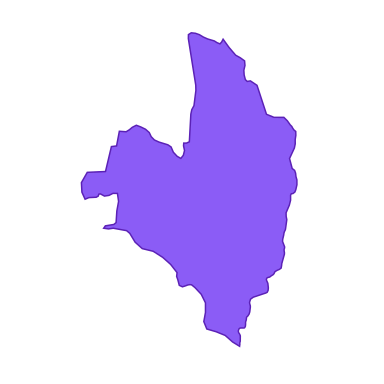 Iringa, Albers equal-area conic projection, rotated 84°
{"feature_id": "TZA-3386", "entity_name": "Iringa", "entity_type": "Region", "adm_level": 1, "iso_a3": "TZA", "parent_name": "United Republic of Tanzania", "parent_adm1": "", "projection": "albers", "projection_center": [35.62, -7.961], "detail": "fine", "context": "isolated", "style": "filled", "palette": "violet", "viewbox_px": 384, "rotation_deg": 84, "n_neighbors": 0, "source": "natural_earth", "source_scale": "10m", "svg_char_len": 2496}
<svg xmlns="http://www.w3.org/2000/svg" viewBox="0 0 384 384"><g transform="rotate(84 192 192)"><path d="M300.7,131.6L303.0,142.0L304.7,145.0L307.7,146.3L309.1,146.3L311.3,145.9L312.6,146.0L317.3,147.1L319.4,148.0L321.2,149.5L322.1,150.7L322.5,150.9L324.9,151.4L326.9,152.3L329.5,152.6L331.0,152.9L331.7,153.3L332.3,153.7L332.6,154.1L332.7,154.5L332.3,157.7L332.5,158.8L333.2,159.7L335.1,160.5L336.7,160.3L338.1,159.6L339.5,159.1L340.3,159.0L345.4,159.6L346.9,160.2L347.2,160.3L348.3,160.3L350.4,160.8L345.4,167.3L338.1,174.0L333.5,182.6L329.8,191.6L322.1,193.8L313.2,191.2L303.6,190.2L294.7,193.5L287.3,199.1L284.2,202.2L284.0,203.3L283.9,204.6L284.1,206.3L284.6,208.0L285.3,211.4L283.5,214.4L277.6,215.3L274.4,216.1L270.6,215.3L261.8,220.8L253.9,228.0L246.9,236.8L243.1,247.4L236.0,253.8L226.6,258.2L223.6,261.1L219.8,274.1L220.0,278.9L218.8,283.6L216.6,281.7L216.1,273.1L214.5,270.7L202.9,268.7L193.7,266.0L185.6,266.3L185.1,270.8L186.7,274.9L186.9,279.5L184.3,283.3L184.4,284.9L186.3,285.7L187.2,287.8L186.8,295.1L188.0,299.1L180.7,301.5L171.1,301.0L161.5,294.1L162.6,275.9L138.4,267.4L138.3,262.2L124.0,257.9L125.2,251.2L123.5,247.7L121.4,244.6L119.8,240.4L121.9,236.2L124.7,231.7L128.4,228.3L132.7,226.8L136.3,224.0L138.9,219.6L142.5,211.1L145.0,208.1L150.5,206.4L155.0,203.0L157.4,199.6L154.6,196.8L150.0,195.1L145.2,195.6L142.5,195.1L142.8,192.5L141.8,189.4L114.4,185.0L110.1,183.6L106.3,181.0L91.3,177.5L86.1,177.1L39.0,179.6L35.1,179.1L33.6,176.1L34.5,172.0L36.3,168.2L39.1,164.5L41.4,160.5L44.1,154.0L46.1,151.5L47.6,148.7L45.9,146.8L43.3,145.1L52.2,140.0L60.5,134.3L63.6,129.9L67.1,126.0L71.7,126.1L76.3,127.7L81.0,127.9L85.8,127.2L87.8,125.5L87.6,122.3L92.7,116.2L122.5,109.8L126.3,102.7L127.4,92.8L131.2,89.7L135.5,87.3L137.2,85.9L139.2,85.1L141.1,84.0L142.6,82.5L146.5,82.8L150.7,83.9L154.9,84.3L159.0,85.6L168.9,91.5L179.1,89.9L181.2,87.7L184.1,87.0L187.5,87.0L190.9,86.4L195.8,86.9L200.5,88.5L202.8,89.7L204.1,91.8L204.1,93.4L205.5,94.3L210.4,94.8L215.3,96.6L222.5,100.6L226.1,100.9L229.4,100.6L238.3,102.8L239.3,103.1L241.2,104.3L242.7,104.9L244.4,105.3L248.4,106.7L250.6,107.1L256.4,105.6L257.9,106.0L258.7,106.4L259.9,106.5L262.1,106.4L263.5,106.6L272.6,110.2L274.6,110.6L277.0,111.3L278.1,113.2L278.8,115.5L279.8,117.6L280.3,118.1L281.8,119.0L282.6,119.8L283.8,122.2L284.3,122.9L284.7,123.7L285.0,125.7L285.4,126.5L286.6,127.2L288.0,127.0L290.7,126.1L295.4,126.1L297.8,126.6L299.6,127.7L300.2,129.2L300.7,131.6Z" fill="#8b5cf6" stroke="#5b21b6" stroke-width="1.5"/></g></svg>